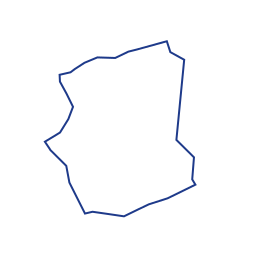 Gwacheon-si, Gyeonggi, South Korea (Albers equal-area conic projection), rotated 286°
{"feature_id": "91817680B14096955932506", "entity_name": "Gwacheon-si", "entity_type": "district", "adm_level": 2, "iso_a3": "KOR", "parent_name": "South Korea", "parent_adm1": "Gyeonggi", "projection": "albers", "projection_center": [127.005, 37.42], "detail": "fine", "context": "isolated", "style": "outline", "palette": "blue", "viewbox_px": 256, "rotation_deg": 286, "n_neighbors": 0, "source": "geoboundaries", "source_scale": "gbopen_adm2", "svg_char_len": 541}
<svg xmlns="http://www.w3.org/2000/svg" viewBox="0 0 256 256"><g transform="rotate(286 128 128)"><path d="M85.4,59.5L74.6,79.1L59.4,86.7L34.6,109.6L33.9,110.2L37.7,117.0L39.8,132.2L42.0,148.5L52.8,160.5L60.4,169.1L71.3,185.4L92.1,208.4L96.3,203.9L118.0,199.5L129.9,177.8L209.1,163.2L212.6,147.8L222.1,141.4L205.9,114.9L201.5,107.3L191.8,96.4L187.4,79.1L178.7,68.2L170.0,60.6L165.7,57.4L160.3,47.6L153.8,49.8L144.0,59.5L133.2,69.3L120.1,68.2L104.9,63.9L91.9,51.9L86.6,58.2L85.4,59.5Z" fill="none" stroke="#1e3a8a" stroke-width="2"/></g></svg>